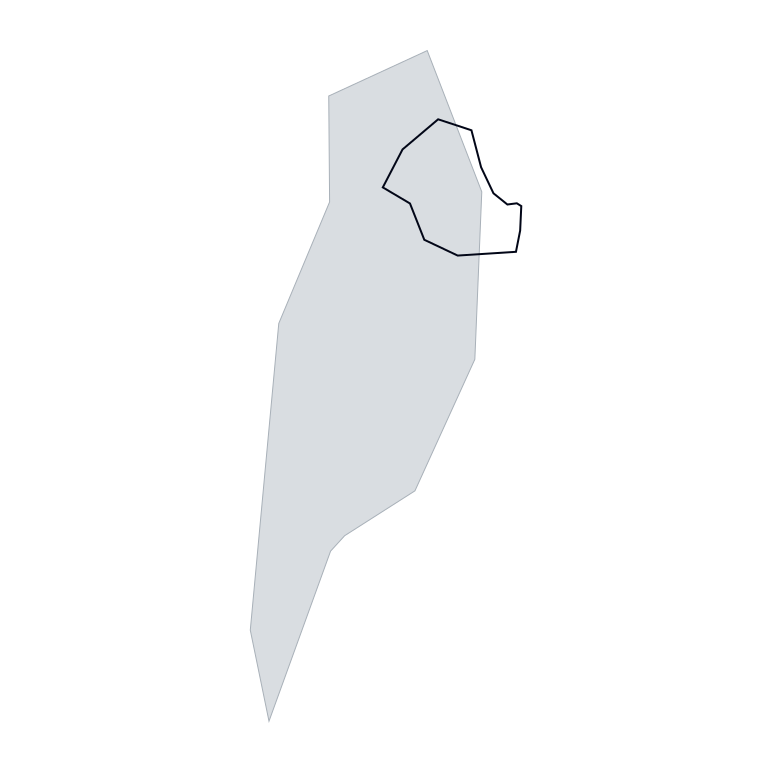 where Aimeliik sits in Palau, rotated 177°
{"feature_id": "PLW-5244", "entity_name": "Aimeliik", "entity_type": "state/province", "adm_level": 1, "iso_a3": "PLW", "parent_name": "Palau", "parent_adm1": "", "projection": "robinson", "projection_center": [134.515, 7.434], "detail": "fine", "context": "in_parent", "style": "outline", "palette": "ink", "viewbox_px": 768, "rotation_deg": 177, "n_neighbors": 0, "source": "natural_earth", "source_scale": "10m", "svg_char_len": 551}
<svg xmlns="http://www.w3.org/2000/svg" viewBox="0 0 768 768"><g transform="rotate(177 384 384)"><path d="M424.1,674.5L323.4,714.7L276.3,570.8L292.0,403.9L358.7,275.7L431.2,234.6L446.1,219.9L516.5,53.3L530.4,145.2L485.9,450.0L428.8,568.6L424.1,674.5Z" fill="#d9dde1" stroke="#a8b0b8" stroke-width="1"/><path d="M283.4,632.8L275.7,595.4L264.7,568.7L251.4,556.8L241.9,557.5L237.6,554.5L240.0,530.1L245.3,509.1L303.7,508.4L336.2,525.9L348.6,562.9L374.9,580.4L353.2,617.3L316.1,645.5L283.4,632.8Z" fill="none" stroke="#020617" stroke-width="2"/></g></svg>